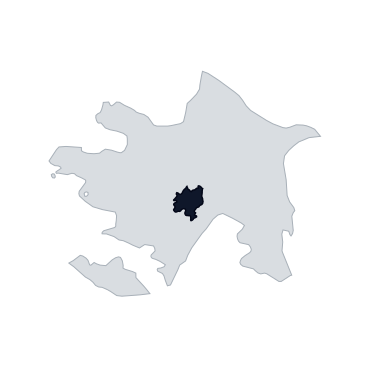 Aghjabadi District, Ağcabədi, Azerbaijan (highlighted), rotated 341°
{"feature_id": "54616110B84161876100413", "entity_name": "Aghjabadi District", "entity_type": "district", "adm_level": 2, "iso_a3": "AZE", "parent_name": "Azerbaijan", "parent_adm1": "Ağcabədi", "projection": "orthographic", "projection_center": [47.427, 39.997], "detail": "fine", "context": "in_parent", "style": "filled", "palette": "ink", "viewbox_px": 384, "rotation_deg": 341, "n_neighbors": 0, "source": "geoboundaries", "source_scale": "gbopen_adm2", "svg_char_len": 5413}
<svg xmlns="http://www.w3.org/2000/svg" viewBox="0 0 384 384"><g transform="rotate(341 192 192)"><path d="M259.2,303.1L257.7,303.0L247.3,305.6L245.1,304.9L236.0,293.6L234.2,292.3L230.3,291.8L228.0,290.0L226.2,287.0L225.1,284.7L215.9,278.6L214.5,276.3L214.3,274.3L215.6,272.5L217.2,271.0L221.6,269.4L226.9,268.1L228.5,267.1L229.4,265.5L229.3,262.8L228.4,260.2L220.9,255.6L220.0,253.6L219.8,251.1L220.2,248.5L221.3,246.4L227.4,243.6L230.7,240.7L228.6,237.5L222.0,230.2L214.1,222.3L208.9,222.2L203.0,224.6L193.4,231.5L188.1,234.4L181.2,239.3L173.6,244.7L167.4,250.4L163.5,255.1L156.6,257.1L153.1,261.1L141.4,272.9L138.2,272.7L138.0,266.8L138.2,262.1L137.5,259.4L133.8,255.7L133.8,254.1L134.8,253.1L137.7,253.7L141.3,253.6L143.1,252.1L139.2,247.2L135.8,243.9L132.8,241.7L132.2,240.4L132.2,239.4L132.8,238.3L137.9,235.7L138.4,233.3L138.1,230.5L130.2,226.3L124.1,227.8L118.8,223.1L115.4,219.6L111.2,215.7L107.4,213.6L103.8,208.8L97.5,203.8L93.4,202.3L93.5,201.5L94.3,200.7L96.0,199.9L107.4,200.4L108.8,199.5L109.5,197.4L111.1,194.3L113.0,189.8L112.9,186.0L101.6,179.5L93.5,173.7L88.0,166.0L84.3,159.1L84.5,156.7L85.6,154.6L94.5,148.4L95.2,146.8L95.0,145.7L91.9,142.4L88.1,138.9L86.9,136.5L84.5,135.2L79.8,135.0L71.7,130.6L69.9,130.2L69.6,129.4L70.0,128.6L75.9,127.0L75.9,125.7L74.1,123.8L70.9,122.4L67.9,119.1L66.9,116.1L77.7,107.8L80.9,106.1L87.7,107.9L101.9,113.9L100.9,117.0L102.3,118.8L105.6,121.3L111.8,123.9L117.2,125.2L119.9,124.2L124.0,123.3L129.4,126.2L134.3,129.9L136.7,131.4L138.0,131.8L141.8,130.7L146.3,126.1L148.2,120.5L148.7,117.8L146.1,114.1L140.8,110.0L134.7,106.4L130.9,103.2L128.5,97.1L126.0,96.4L125.4,95.5L125.0,93.4L125.2,90.5L126.1,88.3L128.5,87.3L131.0,87.0L133.2,84.9L136.1,80.7L137.3,78.4L142.5,79.8L143.1,83.6L144.1,84.4L146.2,83.9L149.9,82.4L152.7,83.6L156.4,88.1L161.5,92.9L164.2,96.1L165.3,98.3L167.9,100.5L171.7,103.0L174.8,107.0L177.5,116.1L180.3,118.3L190.2,121.7L193.7,122.4L203.4,123.6L206.9,122.7L211.9,114.8L216.3,106.7L220.5,104.9L228.1,101.0L232.6,97.2L234.4,93.2L238.6,85.6L241.2,81.3L245.7,85.0L253.6,95.1L265.0,111.6L267.8,116.2L269.7,121.7L271.3,128.2L274.0,134.0L285.7,148.5L290.7,153.9L298.9,160.7L301.8,162.2L305.5,162.6L312.4,162.4L318.8,164.9L322.0,166.8L325.3,169.5L328.4,172.6L331.6,181.2L320.4,178.7L309.3,179.4L303.1,181.5L297.0,184.2L291.3,187.9L287.7,194.9L285.0,211.1L280.8,226.3L281.1,233.2L283.2,239.9L283.1,243.1L281.0,244.5L278.5,247.4L275.2,261.3L273.5,264.1L271.3,265.8L270.7,264.2L270.7,260.6L265.7,257.5L263.2,261.1L261.5,268.8L258.0,276.8L257.9,278.3L259.2,303.1ZM92.9,160.7L93.5,158.5L92.1,157.5L90.6,157.5L89.4,158.5L89.3,161.2L91.0,161.7L92.9,160.7ZM54.8,222.6L53.2,220.3L52.4,219.1L57.4,218.2L65.7,215.5L67.9,217.0L70.3,220.1L71.4,222.7L71.5,227.5L72.5,228.3L76.5,226.8L78.3,228.8L81.3,231.2L86.6,233.6L94.4,230.2L98.3,229.3L101.4,229.4L103.1,230.6L103.7,234.4L103.0,239.0L102.0,241.5L103.6,243.3L109.9,247.9L112.5,250.4L111.1,254.7L115.7,265.2L117.3,269.3L119.1,274.4L109.3,272.3L91.8,267.7L87.1,265.4L82.6,259.5L80.0,256.6L76.0,252.9L72.8,251.4L70.4,248.9L69.0,245.1L67.0,241.7L63.5,237.7L55.8,224.0L54.8,222.6ZM67.6,133.3L66.5,134.0L64.9,133.2L64.4,131.5L64.6,129.8L66.2,129.4L67.5,130.0L67.9,131.6L67.6,133.3Z" fill="#d9dde1" stroke="#a8b0b8" stroke-width="1"/><path d="M189.0,185.1L188.4,185.4L187.7,186.1L187.2,186.5L186.0,186.9L185.6,187.1L185.0,187.4L184.3,187.8L183.7,188.5L182.9,189.1L182.5,189.7L181.8,190.2L180.7,190.5L180.0,190.4L178.9,189.5L178.7,188.8L178.0,188.1L177.4,187.7L176.9,188.1L176.5,188.9L176.5,189.0L176.8,190.0L176.7,190.5L176.2,191.1L175.7,191.5L175.2,191.9L174.2,192.4L173.5,192.9L172.3,193.4L172.0,193.7L172.1,194.2L173.4,194.7L174.5,195.1L174.6,195.9L174.2,196.7L172.6,196.7L172.1,196.8L171.0,197.3L170.7,197.7L170.7,198.3L170.7,198.8L171.2,199.9L171.0,200.8L170.3,201.7L169.9,202.0L169.3,202.3L168.8,202.9L168.8,203.4L169.2,204.6L169.6,205.3L170.2,205.7L171.3,205.8L172.1,205.6L172.8,205.7L173.4,206.0L174.1,206.3L175.1,206.1L175.9,205.5L176.6,205.2L177.7,204.9L178.3,204.9L178.7,205.1L179.5,205.5L180.0,206.1L180.2,207.1L179.9,207.6L179.7,207.9L179.2,208.6L178.5,209.4L178.4,209.7L178.3,210.1L178.3,210.8L178.5,211.8L179.5,212.6L180.2,212.8L180.9,213.2L181.6,213.4L182.3,213.6L182.4,213.8L182.6,214.3L182.7,214.9L182.5,215.6L182.3,216.4L182.1,217.1L181.7,217.8L181.6,218.2L181.6,218.6L181.8,218.8L182.3,218.8L183.1,218.7L183.6,218.5L184.2,218.2L184.8,217.6L185.4,217.4L186.2,217.4L187.2,217.2L187.9,217.1L188.0,217.0L188.3,216.9L188.4,216.1L188.0,215.7L187.6,215.4L187.2,215.1L186.8,214.8L186.9,214.5L187.4,213.9L188.0,213.5L188.4,213.2L188.6,212.8L188.1,212.2L187.9,211.8L187.8,211.4L188.0,210.8L188.4,210.3L188.8,210.0L189.1,209.8L189.8,209.4L190.2,209.1L190.7,208.6L191.2,208.3L192.1,208.3L193.1,208.3L193.7,208.2L194.2,207.8L194.7,207.4L195.4,207.2L195.8,207.1L196.6,207.1L197.2,207.0L197.7,206.7L198.2,206.3L198.7,205.8L198.8,205.2L199.4,204.4L199.4,203.2L199.8,202.0L199.8,199.7L199.8,199.1L200.1,198.5L200.4,197.9L200.8,197.2L201.2,196.3L201.5,195.6L201.8,194.7L202.1,194.0L202.6,193.1L203.0,192.4L203.2,192.2L202.5,191.5L202.3,190.8L202.2,190.4L201.7,189.6L201.3,189.0L200.6,188.5L200.0,188.3L199.7,188.5L199.5,189.2L199.3,190.3L198.9,190.2L197.8,190.0L196.8,190.3L196.1,190.6L195.4,190.9L194.3,190.7L193.2,190.6L192.4,190.9L191.3,191.4L191.1,191.2L190.4,190.2L190.3,189.6L190.0,189.0L189.3,188.2L189.1,187.5L189.1,186.4L189.0,185.3L189.0,185.1Z" fill="#0f172a" stroke="#020617" stroke-width="1.5"/></g></svg>